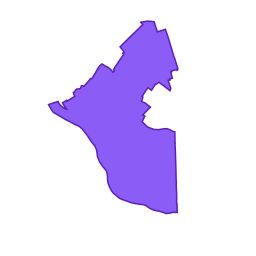 outline of Borcea, Calarasi, Romania, rotated 71°
{"feature_id": "2599482B41605099855928", "entity_name": "Borcea", "entity_type": "district", "adm_level": 2, "iso_a3": "ROU", "parent_name": "Romania", "parent_adm1": "Calarasi", "projection": "natural_earth1", "projection_center": [27.773, 44.309], "detail": "fine", "context": "isolated", "style": "filled", "palette": "violet", "viewbox_px": 256, "rotation_deg": 71, "n_neighbors": 0, "source": "geoboundaries", "source_scale": "gbopen_adm2", "svg_char_len": 5189}
<svg xmlns="http://www.w3.org/2000/svg" viewBox="0 0 256 256"><g transform="rotate(71 128 128)"><path d="M92.9,190.0L93.2,189.8L97.2,186.4L99.7,184.3L100.2,183.8L100.5,183.5L101.3,182.7L103.9,180.2L104.9,179.3L105.7,178.5L108.3,176.1L109.6,174.5L110.6,173.6L114.0,171.6L121.1,169.1L128.1,167.4L134.3,165.2L136.9,164.9L138.9,165.0L141.5,165.4L144.5,166.1L144.8,166.2L145.5,166.2L148.8,166.0L151.0,165.9L153.5,165.2L156.1,164.5L161.0,162.5L163.7,162.5L167.5,163.3L168.2,163.5L168.7,163.7L169.5,164.0L170.9,164.3L172.2,164.6L173.0,164.7L174.1,164.8L175.0,164.8L178.5,164.6L179.1,164.5L180.6,164.3L182.6,163.8L184.3,163.3L185.4,162.8L189.1,160.5L191.8,158.9L193.9,156.4L193.9,156.5L196.1,153.8L200.2,148.6L201.3,146.6L201.7,145.7L201.8,145.7L203.2,143.1L203.9,141.9L205.7,138.1L206.2,137.3L207.8,135.9L208.7,135.3L211.3,133.3L214.2,130.3L216.6,126.1L216.9,125.5L219.1,122.5L221.3,119.8L221.7,118.3L221.9,117.0L222.2,115.7L222.2,114.1L222.3,113.3L223.9,108.9L223.7,108.9L222.4,108.5L216.3,106.5L216.2,106.8L215.9,106.8L215.6,106.7L213.8,106.1L213.4,106.0L213.1,105.9L212.6,105.7L212.0,105.5L211.4,105.3L211.1,105.1L210.9,105.0L209.2,104.5L208.6,104.3L207.4,103.9L207.1,103.8L206.5,103.6L206.0,103.4L205.6,103.3L204.8,103.1L203.1,102.6L197.7,101.0L196.5,100.5L194.2,99.7L194.2,99.8L193.8,99.7L183.4,96.4L182.9,96.2L162.5,89.9L161.9,89.7L161.4,89.6L161.1,89.5L160.8,89.4L160.5,89.4L157.7,88.5L157.4,88.5L157.5,88.4L156.9,88.3L156.7,88.2L155.7,87.8L154.4,87.4L153.2,87.0L152.9,86.9L151.1,86.3L150.5,86.2L150.4,86.1L150.0,86.0L148.2,85.4L146.8,85.0L146.7,85.3L145.8,86.5L145.1,87.4L143.9,88.4L143.1,89.2L141.8,90.7L141.5,91.2L140.9,92.3L140.8,93.1L140.4,94.4L139.5,99.6L138.3,102.7L137.2,104.7L136.5,105.5L134.4,108.1L133.6,108.9L131.9,110.1L130.3,110.7L128.2,111.8L127.1,112.6L125.9,111.8L123.4,109.4L122.8,108.8L122.6,108.6L122.3,108.2L121.8,108.6L121.5,108.7L121.5,108.8L121.3,109.0L121.2,109.2L120.9,109.6L120.5,110.0L120.2,109.2L119.5,107.9L116.9,102.7L115.9,100.4L115.5,100.0L112.0,102.3L110.2,103.4L110.0,103.6L107.4,106.5L105.7,105.3L104.4,104.4L103.8,104.0L103.7,103.9L102.9,104.4L101.6,102.8L100.0,100.9L97.5,97.6L96.3,96.0L97.5,95.1L98.4,94.6L99.4,93.9L100.0,93.5L99.6,93.0L99.2,92.5L98.2,91.2L96.3,88.8L95.8,88.1L96.0,88.0L96.0,87.9L95.9,87.4L95.8,87.2L95.6,86.4L95.2,85.1L94.9,84.1L94.9,83.9L96.1,83.1L98.6,81.3L99.4,80.8L99.5,80.7L100.6,79.9L100.8,79.9L102.0,79.1L105.1,77.0L105.7,76.7L106.2,76.3L106.4,76.2L105.9,75.8L105.1,75.1L104.4,74.6L99.0,74.6L98.0,74.6L97.9,74.6L96.0,74.6L96.3,72.5L95.1,72.5L95.4,69.8L93.2,69.7L90.1,69.4L89.2,69.3L89.5,69.0L89.4,68.9L89.0,68.6L88.9,68.4L88.7,68.4L88.3,68.2L88.6,62.8L89.5,62.8L89.5,62.4L88.9,62.4L88.5,62.0L88.4,61.9L88.3,61.6L88.1,61.5L83.7,61.4L76.6,61.2L76.4,61.2L75.8,61.3L75.7,61.3L75.2,61.3L70.7,61.2L70.0,61.2L69.8,61.1L69.3,61.0L68.8,61.0L68.3,61.0L65.5,60.9L62.6,60.8L52.7,60.5L51.6,60.5L50.8,60.6L46.9,60.5L46.9,61.1L46.9,61.3L46.8,62.1L46.8,63.5L46.8,63.9L46.7,65.2L46.7,66.1L46.6,68.9L39.0,68.8L36.1,68.7L34.4,72.0L33.4,74.7L33.3,74.9L33.1,75.4L33.0,75.5L33.0,75.8L32.9,76.6L32.9,77.0L32.7,78.8L32.7,79.1L32.6,79.4L32.4,80.0L32.1,80.8L32.2,81.2L32.2,81.5L33.4,81.0L34.6,80.5L35.0,80.4L35.2,80.9L35.6,81.7L36.0,82.6L36.3,83.2L36.5,83.5L36.8,84.1L36.9,84.5L37.3,85.2L37.9,86.5L38.5,87.7L38.7,88.1L38.8,88.4L39.4,89.7L40.0,90.8L40.3,91.4L40.6,92.0L41.3,93.8L41.7,94.6L42.0,95.2L42.8,96.9L43.1,97.6L43.8,99.1L44.2,99.8L44.8,101.1L45.3,102.1L45.7,102.9L45.9,103.4L46.3,104.3L46.6,104.9L46.9,105.4L48.5,108.7L48.5,108.9L48.7,109.1L49.1,109.0L50.1,108.6L51.5,108.1L53.7,107.2L54.8,106.9L54.8,107.1L54.9,107.3L55.0,107.4L55.1,107.7L55.2,107.9L55.5,108.2L55.7,108.6L56.9,108.1L57.3,108.6L58.0,109.5L58.6,110.3L59.0,110.8L60.0,112.3L61.1,113.7L62.0,115.0L62.5,115.8L62.9,116.1L66.3,120.7L66.5,121.0L67.1,121.5L67.5,121.9L67.7,122.1L67.8,122.4L67.8,122.5L68.0,122.7L69.5,122.3L69.7,122.2L70.1,123.3L70.3,123.8L70.4,124.0L69.8,124.2L69.2,124.5L68.5,124.7L67.8,125.0L67.4,125.2L67.0,125.4L66.0,125.9L65.9,126.0L65.5,126.2L64.6,126.7L64.2,127.0L63.8,127.4L63.4,127.8L62.7,128.5L62.2,129.2L62.0,129.5L61.9,129.6L61.6,129.7L60.1,130.6L59.8,130.9L59.7,131.0L59.2,131.6L59.0,131.8L58.9,131.9L59.7,133.8L60.0,134.6L60.0,134.8L60.2,135.0L61.4,136.4L62.1,137.2L62.3,137.3L62.2,137.4L62.3,137.5L62.3,137.8L62.5,137.9L62.7,138.0L63.1,138.4L63.5,138.8L64.9,140.5L65.3,140.9L65.9,141.7L66.7,142.6L66.9,142.9L68.2,144.4L68.3,144.7L69.6,146.1L69.6,146.3L69.5,146.6L69.1,147.5L69.3,147.5L69.6,148.0L69.9,148.4L70.1,148.8L70.8,150.0L71.7,151.6L71.8,151.8L72.7,153.4L72.9,153.7L73.7,155.1L74.3,156.1L73.5,157.0L72.8,157.9L72.9,158.2L73.5,158.9L74.7,159.7L75.1,160.3L75.0,161.7L74.9,162.3L74.5,163.5L74.6,164.0L74.8,164.6L75.0,165.3L75.4,165.8L76.5,166.5L76.7,166.9L76.7,167.3L76.6,167.6L76.4,167.8L76.4,168.0L76.5,168.1L78.7,168.3L78.9,168.3L79.6,168.2L80.8,168.0L82.7,176.9L81.8,177.0L81.9,177.3L82.1,178.2L82.8,181.7L85.9,181.2L86.3,181.1L89.2,180.2L90.2,179.9L90.3,179.8L90.3,180.1L90.0,180.4L87.5,182.7L87.0,183.1L86.0,183.8L85.3,184.1L84.6,184.5L84.1,184.7L83.1,185.1L82.0,185.3L81.5,185.4L80.2,185.6L80.1,187.4L80.0,189.6L80.0,195.5L81.4,195.3L85.2,194.6L88.9,193.5L91.7,191.1L92.9,190.0Z" fill="#8b5cf6" stroke="#5b21b6" stroke-width="1.5"/></g></svg>